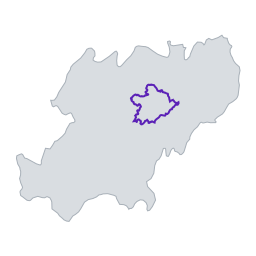 where Grad Beograd sits in Republic of Serbia, rotated 91°
{"feature_id": "SRB-836", "entity_name": "Grad Beograd", "entity_type": "City", "adm_level": 1, "iso_a3": "SRB", "parent_name": "Republic of Serbia", "parent_adm1": "", "projection": "robinson", "projection_center": [20.4, 44.661], "detail": "fine", "context": "in_parent", "style": "outline", "palette": "violet", "viewbox_px": 256, "rotation_deg": 91, "n_neighbors": 0, "source": "natural_earth", "source_scale": "10m", "svg_char_len": 7688}
<svg xmlns="http://www.w3.org/2000/svg" viewBox="0 0 256 256"><g transform="rotate(91 128 128)"><path d="M147.8,92.3L155.2,94.4L158.6,96.4L160.4,98.9L165.1,100.6L172.8,101.4L178.2,104.1L181.3,108.5L186.2,107.4L192.9,100.9L199.6,99.2L206.2,102.3L209.8,104.9L210.5,106.9L208.9,107.7L205.3,107.3L202.3,108.6L199.9,111.5L199.6,114.5L201.3,117.8L203.7,120.0L206.7,121.3L208.3,123.0L208.5,125.1L209.3,125.7L207.6,126.7L205.8,128.2L204.7,130.8L204.5,135.0L198.7,138.2L196.5,138.8L195.5,141.0L194.0,147.1L194.3,151.7L195.1,154.0L195.4,155.9L197.4,158.2L199.1,161.8L200.3,166.5L202.9,170.2L209.5,173.8L212.7,175.9L215.2,178.9L217.0,181.7L222.4,185.3L222.1,187.9L220.9,190.5L219.7,191.7L217.0,195.0L214.4,196.8L210.2,202.6L203.4,202.9L201.8,203.4L199.2,204.9L198.0,207.8L199.2,210.1L199.1,212.5L197.9,217.0L199.6,221.9L202.0,224.2L202.4,225.4L202.0,227.7L198.5,232.4L197.4,234.1L193.8,234.9L192.6,234.5L190.7,232.9L189.0,232.4L184.7,234.3L180.4,235.5L176.9,234.6L173.5,234.5L171.2,235.2L169.4,235.5L165.9,237.6L160.4,239.0L157.8,238.7L156.8,236.8L155.7,234.1L156.3,232.9L159.9,230.8L160.3,228.7L165.4,219.0L166.4,215.8L166.4,214.7L165.1,214.0L162.3,214.1L149.7,210.1L150.3,205.6L146.6,203.1L142.6,200.9L141.9,198.5L137.5,193.6L134.3,190.8L130.2,189.4L126.7,187.4L124.5,186.2L123.6,183.9L123.6,182.5L122.5,181.2L120.8,181.3L117.9,183.1L114.4,184.7L113.8,185.9L115.0,188.6L116.0,190.3L115.5,192.0L114.4,194.1L107.6,198.7L106.8,200.3L108.1,202.9L107.3,204.1L101.6,205.8L101.7,204.4L101.4,202.1L98.1,199.7L93.5,197.8L83.2,191.4L79.2,190.5L75.7,189.8L70.7,186.7L68.1,186.2L65.2,183.9L58.9,176.5L53.6,172.5L50.0,170.5L49.0,168.5L48.8,166.4L48.9,165.7L51.7,162.8L53.8,162.4L56.5,162.3L58.3,163.8L60.7,164.1L62.0,162.2L62.7,159.5L62.4,156.1L56.7,148.0L51.9,142.5L51.3,141.2L52.4,140.2L54.1,139.6L55.9,140.1L60.7,140.5L65.3,140.0L66.8,138.6L66.8,136.8L65.2,135.1L59.8,130.5L55.7,126.4L50.8,123.3L47.2,122.1L46.1,120.5L45.7,118.8L46.1,115.7L46.4,111.8L47.2,109.3L50.5,104.6L53.7,99.7L55.6,94.9L56.7,90.5L56.3,89.2L54.7,88.3L51.2,87.4L46.4,88.2L42.4,89.8L40.8,89.9L40.3,87.9L40.9,87.1L42.2,87.2L43.2,87.5L44.4,86.6L45.0,84.0L43.4,74.8L46.5,74.0L46.5,72.7L46.8,71.5L49.9,73.1L54.3,73.1L58.2,72.8L58.8,71.9L58.7,70.6L57.9,69.6L56.6,68.7L55.6,67.5L53.0,66.9L44.9,63.6L40.9,60.1L41.0,56.4L42.2,54.4L43.6,53.6L43.2,52.9L38.6,51.2L37.0,48.8L38.4,45.7L36.0,39.5L33.6,35.7L36.0,34.0L36.4,31.6L36.6,30.3L37.6,30.3L41.6,28.7L43.1,27.4L43.9,25.9L44.9,25.6L47.5,27.2L50.3,27.3L53.5,26.3L55.8,24.9L58.7,23.7L59.9,22.9L61.6,21.6L64.9,17.8L68.6,17.0L73.7,18.0L79.1,18.3L83.1,17.4L93.4,18.5L95.6,19.4L97.0,20.4L99.7,23.6L102.3,27.8L105.8,29.8L110.1,32.1L112.3,33.8L115.6,38.8L118.1,41.3L119.0,41.2L119.8,40.5L120.4,40.0L121.1,40.5L121.1,42.0L121.3,45.4L120.7,49.0L121.6,52.4L121.6,53.5L121.0,54.5L121.1,55.3L122.0,56.3L125.5,58.5L128.7,62.0L132.4,64.5L135.9,66.0L138.1,66.1L141.6,69.0L148.7,71.0L150.9,71.7L152.5,72.9L153.6,74.2L153.7,75.6L152.6,76.3L151.1,78.3L150.5,80.6L149.4,81.2L148.3,81.3L147.4,82.0L147.6,83.0L148.6,84.0L150.0,84.9L152.9,85.8L155.6,87.1L155.6,88.1L155.1,89.2L151.5,89.7L148.9,89.9L147.7,90.3L147.8,92.3Z" fill="#d9dde1" stroke="#a8b0b8" stroke-width="1"/><path d="M84.7,102.8L86.2,101.7L87.2,100.7L88.0,100.1L90.2,99.0L90.4,98.4L90.5,98.2L90.6,97.8L90.6,97.7L90.3,97.3L90.3,97.2L90.7,96.9L90.8,96.9L90.9,96.4L91.0,96.3L90.9,96.2L90.4,96.0L90.1,95.8L89.9,95.7L89.7,95.6L89.6,95.4L89.6,95.1L89.6,94.9L89.8,94.5L90.1,94.4L90.5,94.4L90.8,94.3L91.1,94.2L91.3,94.1L91.5,94.0L91.5,93.9L91.6,93.7L91.6,92.9L91.7,92.6L92.0,92.3L92.0,92.1L92.1,91.7L92.1,91.3L92.6,90.4L92.8,90.1L92.9,89.6L93.0,89.0L93.0,88.9L93.4,88.6L93.6,88.6L94.4,88.6L94.8,88.6L95.2,88.5L95.7,88.1L96.1,87.8L96.8,87.4L97.1,87.3L97.7,87.3L98.7,87.1L100.7,86.5L100.4,86.2L99.7,85.1L99.2,83.8L99.5,83.8L99.8,82.8L101.1,81.9L102.2,80.6L101.7,78.4L101.4,78.0L101.9,77.9L102.3,77.9L102.5,77.9L102.7,78.0L103.0,78.2L103.4,78.5L103.8,78.7L103.9,78.8L103.9,79.1L103.8,79.5L103.8,79.8L104.0,80.2L104.1,80.9L104.2,81.0L104.3,81.2L104.6,81.5L106.0,82.4L106.1,82.5L106.3,83.1L106.5,83.3L106.8,83.6L107.2,83.9L107.4,84.1L107.6,84.2L107.8,84.2L108.2,84.2L108.4,84.3L108.5,84.4L108.6,84.6L108.6,85.2L108.6,85.3L108.7,85.5L108.9,85.8L109.0,86.0L109.6,86.5L109.9,86.7L110.7,87.0L111.1,87.3L111.8,87.5L112.0,87.6L112.3,87.8L112.6,88.1L113.2,88.8L113.3,88.9L113.3,89.0L113.3,89.3L113.2,89.4L113.1,89.6L113.0,90.5L114.3,90.7L114.9,91.0L115.0,91.7L114.5,94.5L114.5,95.1L114.7,95.8L115.3,96.3L116.5,97.0L117.1,97.6L118.7,99.7L119.7,100.7L120.7,101.3L122.1,101.5L121.4,103.3L121.1,103.6L121.0,103.8L121.0,104.0L121.0,104.3L121.2,104.5L121.5,104.8L121.6,105.0L121.7,105.4L121.7,105.5L121.5,105.8L121.7,106.1L122.1,106.3L122.3,106.4L122.4,106.6L122.6,107.0L122.6,107.3L122.5,107.5L122.4,107.5L121.7,107.6L121.2,107.9L120.7,108.0L120.2,108.5L119.7,108.8L119.5,109.0L120.1,109.6L120.4,110.0L120.5,110.2L120.5,110.6L120.6,111.0L121.1,111.2L121.4,111.3L121.8,111.5L122.6,112.3L123.1,112.7L123.3,112.9L123.5,113.2L123.8,113.8L124.1,114.2L124.1,114.4L124.1,114.6L124.1,114.8L123.5,115.5L123.4,115.6L123.2,115.7L122.9,115.6L122.1,115.3L121.8,115.2L121.4,115.2L121.0,115.4L120.5,115.5L120.4,115.6L120.3,116.4L120.2,116.5L119.6,117.0L119.4,117.2L119.3,117.3L119.2,117.4L119.2,117.6L119.2,117.8L119.3,118.0L119.5,118.2L119.7,118.6L120.2,119.1L120.3,119.2L120.5,119.3L120.8,119.3L121.1,119.2L121.4,119.2L121.6,119.2L121.7,119.3L121.8,119.4L121.8,119.5L121.0,120.3L120.9,120.4L120.8,120.7L120.8,120.8L120.8,121.0L121.0,121.5L121.1,122.3L120.4,121.9L120.1,121.7L119.8,121.2L119.6,121.1L119.2,120.9L118.6,120.9L118.3,120.8L118.1,120.7L117.7,120.4L117.4,120.2L117.1,120.2L116.8,120.3L116.2,120.6L115.5,121.0L115.1,120.5L114.9,120.3L114.8,120.2L114.5,120.1L114.4,120.1L114.2,119.8L114.3,119.5L114.2,119.0L114.1,118.6L114.1,118.4L114.0,118.2L113.8,118.1L113.5,118.0L113.4,118.0L112.7,118.3L112.0,118.6L111.7,118.7L111.1,118.9L110.7,119.1L110.4,119.0L110.3,118.9L110.2,118.8L110.1,118.6L110.2,118.1L110.4,117.4L109.7,117.0L109.1,116.7L108.6,116.6L108.1,116.6L107.6,116.3L107.2,116.0L106.7,115.6L106.1,115.5L105.2,116.2L105.0,116.3L104.7,116.3L104.5,116.5L104.3,116.7L104.1,117.0L104.0,117.3L104.1,117.6L104.7,118.1L105.1,118.3L105.6,118.8L105.6,119.0L105.2,119.5L104.5,120.3L104.2,120.7L104.1,120.9L104.2,121.5L104.1,121.8L104.0,122.0L103.8,122.2L103.6,122.5L103.4,122.6L103.1,122.7L102.8,122.8L102.4,122.7L102.1,122.8L101.8,123.2L101.7,123.5L101.6,123.8L101.1,124.3L100.8,124.7L100.7,124.8L100.4,124.9L100.2,125.0L99.8,125.0L99.5,124.8L99.3,124.7L99.1,124.7L98.9,124.8L98.9,125.0L98.9,125.3L98.8,125.5L98.6,125.6L98.2,125.5L97.9,125.4L97.7,125.2L97.3,124.6L97.2,124.4L96.2,123.6L95.7,123.2L94.7,121.8L94.4,121.2L94.5,120.9L94.5,120.7L95.0,120.2L95.1,119.9L95.1,119.7L94.7,119.3L94.7,119.2L94.6,118.8L94.7,118.7L95.0,118.4L95.0,118.0L95.0,117.9L95.2,117.7L95.6,117.4L95.8,117.2L95.9,116.9L96.0,116.6L96.2,116.1L96.2,115.8L96.2,115.5L96.2,115.2L96.0,114.8L95.9,114.7L96.0,114.4L96.2,113.9L96.2,113.7L96.1,113.2L96.0,112.7L95.8,112.1L95.5,111.8L95.4,111.6L95.0,111.4L94.9,111.2L95.0,110.5L95.0,110.4L94.9,110.1L94.7,109.8L94.6,109.3L94.6,109.0L94.6,108.9L94.4,108.6L94.2,108.4L93.9,108.5L93.7,108.9L93.6,109.3L93.4,109.6L93.2,109.8L93.1,110.0L92.9,110.4L92.8,110.5L92.5,110.8L91.8,111.1L91.7,111.1L91.4,110.9L91.2,110.5L90.9,110.1L90.7,109.7L90.2,109.4L89.6,109.4L89.4,109.4L89.3,109.5L89.1,109.6L88.9,109.8L88.7,110.1L88.5,110.3L88.3,110.4L87.9,110.5L87.8,110.4L87.5,110.3L87.0,110.1L86.5,109.9L85.7,109.7L85.4,109.6L85.3,109.4L85.1,109.2L84.8,109.0L84.6,108.8L84.5,108.6L84.4,108.4L84.4,108.2L84.4,107.6L84.6,107.4L84.6,106.6L84.5,106.3L84.5,106.1L84.2,105.8L84.2,105.7L84.2,105.4L84.5,105.0L84.5,104.9L84.4,104.6L84.7,102.8Z" fill="none" stroke="#5b21b6" stroke-width="2"/></g></svg>